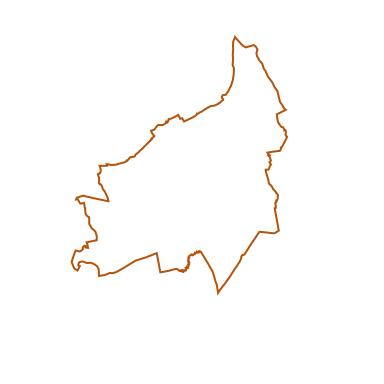 outline of Berchisesti, Suceava, Romania, rotated 52°
{"feature_id": "2599482B32520151641647", "entity_name": "Berchisesti", "entity_type": "district", "adm_level": 2, "iso_a3": "ROU", "parent_name": "Romania", "parent_adm1": "Suceava", "projection": "equal_earth", "projection_center": [26.04, 47.525], "detail": "fine", "context": "isolated", "style": "outline", "palette": "amber", "viewbox_px": 384, "rotation_deg": 52, "n_neighbors": 0, "source": "geoboundaries", "source_scale": "gbopen_adm2", "svg_char_len": 6023}
<svg xmlns="http://www.w3.org/2000/svg" viewBox="0 0 384 384"><g transform="rotate(52 192 192)"><path d="M209.7,293.0L211.3,278.8L213.1,274.1L214.6,269.9L215.5,267.7L216.2,264.5L216.5,264.3L217.3,261.1L218.5,257.4L235.8,266.4L237.5,263.3L240.2,257.9L241.4,254.7L243.0,251.6L243.7,251.1L244.4,250.9L245.7,250.7L246.0,250.5L246.3,250.5L246.9,250.4L247.0,250.2L246.7,250.0L246.6,249.6L246.9,249.3L247.6,249.2L247.7,248.9L247.1,248.6L247.2,248.4L247.6,248.3L247.6,248.1L247.4,248.0L247.4,247.8L247.6,247.6L247.9,247.9L248.4,247.7L248.9,248.2L248.9,248.4L249.3,248.5L249.6,248.3L249.7,248.1L249.6,247.4L248.9,246.9L249.0,246.6L249.0,246.4L249.4,246.2L249.5,246.0L250.1,245.3L250.0,245.1L249.9,245.0L249.6,245.0L249.4,245.0L249.3,244.7L249.4,244.4L249.2,243.9L248.9,244.1L248.0,243.8L248.1,243.6L248.1,243.3L248.1,243.1L248.3,243.0L248.8,243.1L249.0,243.0L249.0,242.7L248.3,242.6L247.9,242.2L248.8,242.0L249.2,241.7L248.7,241.4L248.6,241.2L248.5,240.8L248.4,240.6L248.1,240.7L247.8,240.0L246.7,239.8L246.6,239.5L246.7,239.4L247.0,239.4L247.2,238.8L247.1,238.6L246.6,238.7L245.9,238.3L245.8,237.4L245.4,237.3L244.9,237.9L243.9,237.6L243.8,237.4L243.8,237.0L243.7,236.7L243.3,236.7L242.6,236.3L242.6,235.8L242.5,235.6L242.3,235.5L242.3,235.2L242.0,234.9L241.9,234.6L241.5,234.5L241.2,234.7L240.9,234.3L241.0,233.7L240.6,233.2L240.7,232.6L241.0,232.4L241.1,232.0L240.9,230.8L241.1,230.7L241.8,230.7L242.2,230.6L242.3,230.4L242.3,229.9L242.0,229.5L242.3,228.9L242.3,228.6L242.4,228.4L242.7,228.2L242.7,227.7L242.5,227.3L241.8,226.9L242.5,226.4L242.6,226.0L242.5,225.5L242.0,225.0L242.7,224.7L243.1,224.8L243.5,224.7L243.6,224.4L243.1,224.1L243.0,223.9L243.0,223.4L243.3,223.3L243.3,223.2L243.0,223.0L243.0,222.8L243.0,222.7L243.5,222.5L243.9,222.6L243.8,222.2L244.0,222.0L244.6,221.8L258.9,223.5L265.4,224.5L267.2,224.7L272.1,226.5L276.5,228.4L279.7,229.4L281.7,230.3L287.6,233.6L286.5,230.5L285.3,226.2L284.7,223.3L282.0,214.1L279.0,205.9L278.1,202.7L277.4,200.8L276.4,197.7L275.1,195.0L274.5,194.0L273.6,193.3L273.1,192.7L273.0,192.3L273.0,191.8L272.7,190.9L272.8,190.7L273.3,190.3L273.5,189.7L273.4,188.8L270.7,181.0L270.5,180.8L270.0,179.3L267.3,170.9L264.9,163.6L265.2,162.9L274.9,153.0L275.3,152.1L275.5,151.4L275.6,149.6L275.9,147.4L255.8,136.9L256.2,136.0L255.4,135.4L255.4,135.1L251.8,133.0L251.7,131.7L250.5,130.9L251.0,130.3L250.2,128.9L249.1,127.7L248.7,127.5L247.9,126.8L247.6,126.3L247.3,126.2L244.4,126.1L243.4,125.9L240.9,126.1L239.7,126.3L236.9,125.7L235.9,125.8L234.9,125.7L233.9,126.1L232.8,126.2L229.2,124.3L221.6,121.3L219.9,120.4L219.8,120.2L219.9,119.8L220.8,119.0L221.4,118.1L221.1,117.0L219.8,115.2L218.9,112.8L217.9,112.8L216.2,112.6L216.1,111.3L215.7,110.4L212.7,109.4L212.1,109.3L210.4,109.4L210.6,109.0L211.3,108.9L211.0,108.0L208.8,108.5L207.4,108.3L210.0,103.5L213.7,97.4L212.6,94.8L211.8,94.6L211.7,94.5L211.7,94.3L211.9,94.2L211.7,93.0L207.6,84.0L207.2,83.4L206.8,83.1L206.1,83.3L205.2,83.3L204.1,82.7L202.6,81.1L200.9,80.3L200.3,81.3L199.7,80.7L197.0,80.4L196.0,81.4L193.0,81.5L189.5,81.1L183.0,77.4L185.0,67.5L183.5,67.9L181.5,67.8L178.3,67.3L175.2,67.2L164.9,62.5L160.3,62.4L154.7,61.2L147.9,61.1L141.9,59.6L139.0,59.5L134.2,57.7L129.7,57.9L124.9,57.1L122.3,55.8L119.9,52.6L116.4,52.2L114.2,53.0L111.1,60.6L107.6,62.0L101.5,62.4L96.4,62.8L97.2,63.7L97.6,64.8L98.4,66.3L99.4,67.4L101.2,69.0L104.6,71.5L106.9,73.5L108.6,75.1L110.0,76.2L111.1,76.8L112.3,77.6L116.8,81.7L117.6,82.1L119.0,82.3L120.5,82.9L122.2,84.3L125.2,86.9L126.9,88.8L128.8,90.8L132.5,96.1L133.4,98.6L134.7,100.7L135.8,104.4L136.2,105.5L134.7,108.1L135.1,109.5L135.5,110.1L136.5,110.4L138.2,110.3L138.6,111.0L138.6,113.9L138.9,114.8L138.5,115.8L138.7,117.1L137.8,120.9L137.6,121.4L136.1,123.9L135.5,125.6L135.0,129.5L134.6,134.9L134.0,137.0L134.1,138.2L134.0,139.0L133.7,139.5L133.3,139.7L134.0,141.0L134.0,142.6L133.8,145.1L131.5,154.9L127.8,154.3L127.1,156.2L122.7,155.4L122.7,156.8L122.4,157.8L122.2,159.3L121.5,162.4L121.2,163.2L120.8,165.4L120.3,165.6L121.9,167.9L122.0,169.0L120.7,169.0L121.4,170.3L121.5,170.7L121.5,171.7L121.2,173.9L120.4,175.0L118.6,176.9L118.4,177.4L118.4,178.5L119.6,183.4L118.5,186.5L119.2,186.9L121.4,187.3L123.6,187.3L124.8,187.2L124.9,187.5L125.0,191.3L125.7,191.3L126.1,195.6L126.9,202.5L127.1,202.8L127.2,203.5L127.3,206.4L127.7,209.6L127.8,213.1L128.0,214.0L128.5,214.7L128.6,215.1L128.5,215.7L128.3,216.6L127.6,217.5L127.2,218.7L126.5,219.4L126.5,219.8L127.1,221.7L127.3,222.7L126.9,224.0L127.5,224.2L127.2,226.3L124.6,232.6L124.2,233.2L124.1,234.3L121.5,238.3L120.4,239.7L119.3,240.4L117.5,242.0L119.0,242.6L117.8,244.5L115.6,247.2L114.5,248.7L115.4,248.9L118.0,250.1L118.8,250.6L120.0,251.8L120.6,253.6L120.0,254.3L120.0,255.2L123.8,256.6L125.8,258.1L127.3,259.8L128.0,260.0L129.0,259.9L129.3,259.7L129.5,259.2L130.3,259.1L132.9,259.7L134.6,260.4L135.5,260.5L137.2,260.4L138.2,260.5L142.5,261.5L145.4,262.3L146.7,262.9L147.8,263.6L136.7,273.0L128.5,279.6L128.2,279.6L127.6,280.6L126.4,284.2L125.7,285.7L125.7,286.3L125.9,286.9L126.5,287.9L127.1,286.5L131.7,287.2L132.5,287.0L133.1,286.3L133.8,283.9L134.6,284.0L138.0,286.0L139.0,286.2L141.0,287.7L143.4,289.1L144.9,289.4L145.8,289.5L146.9,289.3L148.4,288.6L148.7,288.7L151.6,290.8L152.6,291.7L153.7,292.5L154.2,292.7L155.4,292.9L156.7,292.9L159.0,293.4L161.6,292.7L163.9,292.6L167.2,293.8L169.5,295.2L170.4,296.0L170.6,296.6L171.3,297.0L168.7,302.1L166.8,306.0L168.7,306.6L172.0,308.3L170.2,310.1L168.9,309.2L168.1,309.9L168.3,310.9L168.2,311.8L168.3,311.9L169.2,312.7L169.9,313.3L170.0,315.4L169.9,316.6L169.7,317.2L167.4,318.9L166.5,319.8L170.2,325.9L172.3,328.9L173.2,330.0L179.0,331.7L180.0,331.8L183.4,330.6L181.4,326.1L180.6,326.6L179.4,326.6L178.0,324.4L178.3,323.2L178.9,321.7L179.5,320.8L179.8,320.6L182.2,319.2L183.3,318.4L184.0,317.6L184.8,316.1L186.1,314.9L188.0,313.8L189.5,313.2L191.9,312.5L193.0,312.6L195.0,313.0L195.8,313.4L198.0,314.8L200.8,317.1L203.4,312.5L204.4,309.7L205.1,306.8L205.7,306.0L206.4,305.5L206.9,304.6L207.8,303.1L207.9,302.2L208.5,301.1L209.7,293.0Z" fill="none" stroke="#b45309" stroke-width="2"/></g></svg>